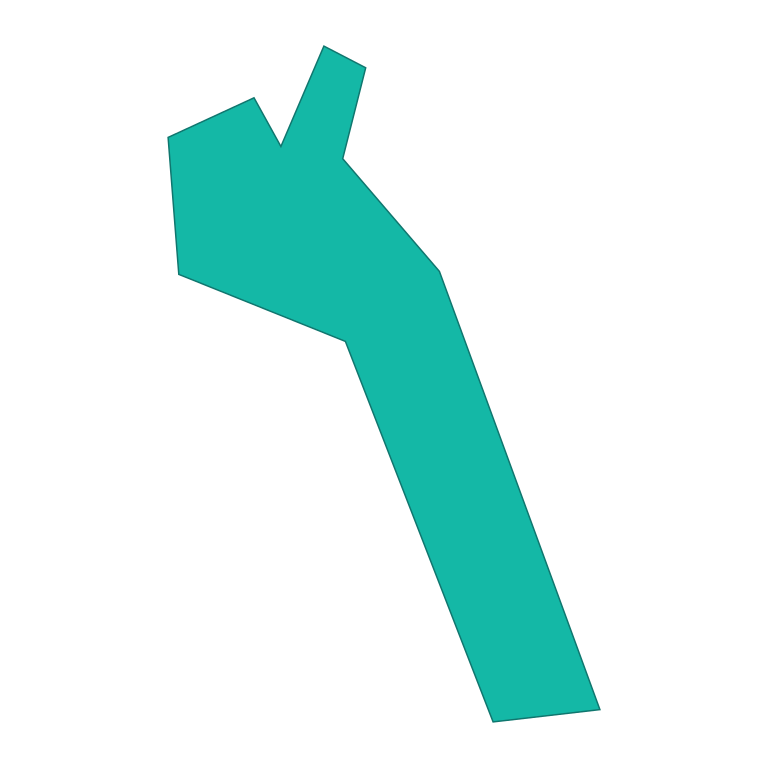 Kapoeta South, Eastern Equatoria, South Sudan
{"feature_id": "79223893B10541432646171", "entity_name": "Kapoeta South", "entity_type": "district", "adm_level": 2, "iso_a3": "SSD", "parent_name": "South Sudan", "parent_adm1": "Eastern Equatoria", "projection": "robinson", "projection_center": [33.621, 4.545], "detail": "fine", "context": "isolated", "style": "filled", "palette": "teal", "viewbox_px": 768, "rotation_deg": 0, "n_neighbors": 0, "source": "geoboundaries", "source_scale": "gbopen_adm2", "svg_char_len": 273}
<svg xmlns="http://www.w3.org/2000/svg" viewBox="0 0 768 768"><path d="M168.1,137.4L178.8,274.4L345.4,341.4L493.1,721.9L599.9,709.6L439.4,271.4L342.7,158.7L365.7,67.8L323.9,46.1L280.9,146.5L254.0,97.8L168.1,137.4Z" fill="#14b8a6" stroke="#0f766e" stroke-width="1.5"/></svg>